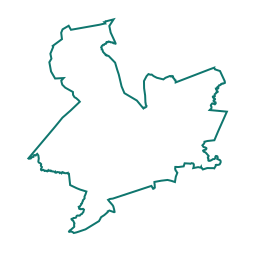 San Luis Acatlán, Guerrero, Mexico, rotated 3°
{"feature_id": "50627088B39564204032097", "entity_name": "San Luis Acatlán", "entity_type": "district", "adm_level": 2, "iso_a3": "MEX", "parent_name": "Mexico", "parent_adm1": "Guerrero", "projection": "mercator", "projection_center": [-98.707, 16.871], "detail": "fine", "context": "isolated", "style": "outline", "palette": "teal", "viewbox_px": 256, "rotation_deg": 3, "n_neighbors": 0, "source": "geoboundaries", "source_scale": "gbopen_adm2", "svg_char_len": 5723}
<svg xmlns="http://www.w3.org/2000/svg" viewBox="0 0 256 256"><g transform="rotate(3 128 128)"><path d="M30.1,163.6L30.6,163.9L31.1,163.8L31.4,163.4L32.4,163.6L33.7,162.1L34.6,162.0L35.1,161.7L35.0,161.3L35.1,160.4L35.5,160.1L36.0,159.9L37.1,160.3L37.4,160.2L37.7,159.5L38.7,158.6L39.9,160.1L40.5,163.1L40.2,166.1L40.4,166.7L40.8,167.2L42.1,167.7L42.9,168.3L43.2,168.7L42.9,170.1L43.3,170.8L44.1,171.5L43.8,172.4L43.4,173.0L43.2,173.7L43.3,174.3L43.7,174.6L44.0,174.8L45.4,174.2L46.1,174.4L46.9,175.3L47.5,175.2L48.1,174.9L49.5,175.5L49.8,175.1L50.0,175.3L50.2,175.2L50.2,174.9L50.4,174.9L50.6,174.6L50.8,175.0L51.9,174.7L52.4,174.9L52.5,174.5L53.0,174.6L52.9,174.8L53.1,175.0L53.4,174.9L53.8,175.2L54.6,175.2L55.2,175.4L55.7,175.3L57.0,175.6L57.5,176.1L57.9,175.4L58.8,176.3L60.1,175.6L60.8,175.8L61.7,175.8L62.2,176.5L62.6,176.2L63.2,176.0L64.0,176.8L64.7,176.1L64.9,175.5L65.3,175.6L65.8,175.8L66.1,176.2L66.7,176.1L67.2,176.4L68.5,176.4L70.0,176.0L69.9,176.4L70.5,176.8L71.4,176.8L73.2,188.0L79.9,190.8L83.4,192.0L89.8,193.6L89.1,196.3L88.1,198.9L88.1,199.3L88.4,200.2L88.0,201.1L86.7,202.6L86.8,203.3L86.1,204.7L86.1,205.5L85.9,205.8L85.2,206.2L85.3,206.9L84.4,208.2L84.3,208.5L82.9,209.3L83.4,210.5L83.4,211.1L83.7,211.3L84.5,211.1L84.6,211.5L85.0,211.6L87.3,211.1L88.3,211.8L87.8,214.3L87.3,214.9L86.4,216.3L85.3,216.8L84.4,218.0L83.1,218.1L82.6,218.0L81.9,218.1L81.3,218.5L81.1,219.3L80.6,220.3L79.0,220.7L78.3,220.7L77.8,221.2L76.5,221.7L76.3,221.9L76.5,222.3L77.3,223.1L77.6,223.3L78.1,223.4L79.0,225.1L79.2,226.0L79.5,226.1L79.2,227.6L79.5,229.1L79.4,229.6L77.2,231.7L76.2,232.7L75.4,233.2L74.8,233.9L74.5,234.6L74.7,234.8L75.0,234.8L75.6,234.5L76.8,234.4L78.2,234.8L79.3,235.7L81.8,235.0L83.4,234.4L90.9,231.4L103.9,222.5L105.2,219.9L105.6,218.7L106.4,218.0L108.9,216.2L112.2,213.0L112.1,212.3L113.8,211.4L118.5,212.8L119.0,212.5L118.4,210.1L117.4,207.0L116.6,205.8L113.0,202.1L111.9,200.8L113.7,199.8L116.5,199.3L154.4,184.6L156.3,187.4L156.8,187.2L156.8,186.9L157.0,186.5L157.4,186.3L157.8,186.3L157.9,186.1L157.7,184.6L157.6,183.1L157.3,181.9L157.2,180.5L163.9,178.9L170.2,177.8L174.1,178.5L177.7,179.5L178.3,174.1L179.6,170.2L179.2,169.9L178.7,168.8L178.0,168.2L177.6,167.5L177.5,166.7L177.2,166.4L177.3,164.4L180.7,164.3L185.6,163.4L186.4,160.3L191.2,160.3L192.1,160.5L193.2,159.8L193.8,160.0L194.0,159.9L194.9,160.0L195.6,160.8L195.7,161.5L195.6,163.4L195.3,164.6L200.1,163.4L202.6,163.8L203.0,163.0L203.1,163.4L203.9,164.1L204.0,164.6L205.0,165.1L205.1,165.4L209.1,163.9L215.1,163.6L216.3,163.8L216.5,163.2L217.5,161.6L217.6,160.3L218.3,160.1L219.3,160.2L220.0,160.1L221.3,159.6L221.7,159.0L222.3,157.5L222.3,156.8L222.2,156.1L221.3,155.1L220.9,155.1L218.7,154.2L218.8,153.6L219.1,153.1L219.1,152.5L218.7,151.6L218.2,151.4L217.3,151.3L217.0,151.6L216.7,152.3L216.8,152.9L216.6,153.5L216.2,154.3L215.9,154.5L214.3,154.7L212.9,155.9L212.3,156.0L211.8,156.4L210.6,156.6L210.0,156.3L209.8,155.5L210.0,155.0L209.9,154.4L209.4,153.9L209.3,153.5L209.4,153.3L209.3,153.0L209.7,152.6L210.0,151.7L207.3,148.9L206.2,148.1L205.1,147.8L204.6,147.4L204.3,146.9L204.2,146.6L204.4,146.4L205.4,145.9L206.6,145.6L207.0,145.3L207.4,144.6L207.3,144.0L206.9,143.7L206.2,143.4L204.4,143.0L203.2,141.4L204.6,139.8L205.2,138.4L205.1,137.7L208.1,136.8L214.9,135.7L218.3,126.3L225.9,106.5L208.6,105.8L208.9,105.4L209.7,104.9L210.3,103.8L210.3,103.2L210.2,102.4L209.8,101.8L209.5,101.0L210.6,99.2L211.0,99.0L212.0,99.4L212.8,99.4L213.5,99.8L213.9,99.4L214.3,98.8L214.2,98.2L214.1,97.8L212.6,97.2L212.0,96.5L212.0,96.0L212.2,95.8L213.0,95.4L213.2,95.2L213.4,94.7L213.3,94.4L212.4,94.1L211.4,93.1L211.1,92.6L211.1,92.2L211.5,91.9L212.0,92.0L212.5,92.3L213.0,91.9L213.1,91.6L212.8,90.4L212.8,89.8L214.0,88.8L214.2,88.0L215.4,87.6L215.6,87.4L215.7,87.0L215.6,86.8L214.8,86.4L214.7,85.7L214.0,84.9L213.7,84.0L214.1,83.9L215.0,84.1L215.8,83.9L216.1,83.4L215.2,82.9L215.0,82.7L215.4,82.1L215.9,81.9L216.5,81.1L216.8,80.9L216.9,80.5L217.5,80.5L218.3,80.0L218.5,79.8L218.6,79.3L218.8,79.1L219.8,78.7L219.9,78.9L220.6,78.6L221.0,78.6L221.1,78.4L222.3,78.0L222.4,77.5L222.1,76.7L222.2,76.3L216.9,66.3L211.8,64.9L211.6,64.3L210.7,63.8L210.8,63.3L206.8,65.0L173.4,79.9L173.2,80.0L173.0,77.9L172.5,77.6L172.1,77.5L171.7,77.0L171.6,76.3L170.6,75.6L170.3,75.3L170.2,74.9L170.3,74.2L170.2,74.0L169.9,73.9L169.2,73.7L168.6,74.3L168.4,74.4L167.9,74.3L167.6,73.9L167.1,73.9L162.8,75.9L160.8,77.6L154.1,76.3L150.8,74.8L148.9,73.4L147.6,73.6L145.6,73.1L143.8,75.3L141.5,80.3L142.0,87.4L143.4,94.6L144.1,101.9L144.3,102.1L144.6,104.1L145.3,104.8L145.2,105.8L144.2,106.6L143.4,106.6L143.4,107.0L142.7,107.4L142.4,107.7L135.4,100.1L122.6,93.4L119.4,86.8L116.0,75.1L114.1,70.2L111.7,63.4L104.9,57.1L104.3,57.0L104.0,56.8L103.3,56.9L103.0,56.6L102.7,56.7L102.1,56.5L102.2,56.2L101.9,56.2L101.8,55.7L101.2,55.4L100.9,54.9L100.4,54.7L99.7,53.8L98.9,53.1L98.6,51.6L98.0,50.8L97.6,50.8L97.6,49.7L97.4,49.6L97.3,49.2L97.0,48.9L97.3,48.3L97.5,47.6L98.0,47.1L98.4,47.0L98.7,46.3L99.5,46.0L99.8,46.1L100.1,45.6L100.5,45.3L101.6,45.0L101.8,44.6L101.8,43.8L102.1,43.3L102.6,43.2L103.3,43.4L103.9,42.7L104.3,42.6L104.8,43.0L105.8,43.0L106.4,43.4L106.9,43.3L108.2,43.4L108.5,43.5L108.6,43.9L109.0,44.1L109.7,44.2L110.1,44.1L110.9,44.5L111.1,44.5L111.2,44.2L110.7,43.1L105.7,33.6L104.0,27.1L107.9,20.3L100.5,22.6L100.2,22.5L99.9,22.7L99.9,22.9L99.7,23.3L99.8,24.0L99.4,23.7L99.2,23.7L99.3,23.8L99.3,24.5L99.0,24.4L98.9,25.0L94.0,26.4L65.9,32.9L63.4,29.0L57.5,32.9L56.3,36.4L57.4,42.7L48.5,50.0L49.1,50.8L46.6,57.9L47.9,62.8L46.0,66.4L48.2,75.6L52.6,82.4L61.1,81.5L58.9,84.2L59.2,85.5L60.1,88.2L63.2,91.0L71.1,94.9L71.4,97.8L73.0,100.1L74.7,100.9L77.2,102.9L78.5,104.3L69.7,113.6L62.0,121.1L55.2,130.4L30.1,163.6Z" fill="none" stroke="#0f766e" stroke-width="2"/></g></svg>